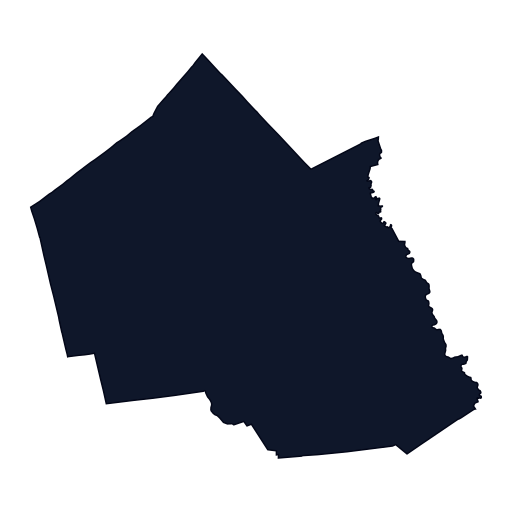 Vartoape, Teleorman, Romania (orthographic projection)
{"feature_id": "2599482B18216830560882", "entity_name": "Vartoape", "entity_type": "district", "adm_level": 2, "iso_a3": "ROU", "parent_name": "Romania", "parent_adm1": "Teleorman", "projection": "orthographic", "projection_center": [25.226, 44.2], "detail": "fine", "context": "isolated", "style": "filled", "palette": "ink", "viewbox_px": 512, "rotation_deg": 0, "n_neighbors": 0, "source": "geoboundaries", "source_scale": "gbopen_adm2", "svg_char_len": 6044}
<svg xmlns="http://www.w3.org/2000/svg" viewBox="0 0 512 512"><path d="M278.4,458.0L301.5,456.1L302.7,455.6L318.0,454.6L347.3,451.7L392.5,446.0L395.7,444.6L407.0,453.9L420.5,444.6L458.0,419.2L458.9,419.0L461.2,417.7L473.2,409.8L474.6,409.1L475.4,409.0L474.2,407.1L473.7,406.6L473.6,406.1L473.6,405.8L474.1,404.5L474.9,403.2L475.5,402.8L478.0,401.8L478.0,401.3L477.2,399.3L477.2,398.4L477.3,398.0L477.7,397.8L478.3,398.3L478.6,398.3L479.8,397.8L480.7,398.2L481.2,397.8L481.3,397.4L481.2,396.4L481.0,396.1L479.6,395.6L479.4,395.3L479.3,394.4L479.5,394.0L480.5,393.4L480.8,392.8L480.8,392.1L480.1,390.7L478.7,390.0L477.7,388.6L477.3,387.9L477.2,387.5L477.4,386.6L477.9,385.1L477.9,384.5L477.8,384.0L477.1,382.9L476.3,382.4L474.9,382.4L474.0,382.0L472.7,381.5L471.6,380.6L471.1,379.9L470.9,377.9L470.7,377.5L469.4,377.2L467.4,376.3L465.1,374.7L464.6,374.0L464.5,372.8L463.6,372.2L462.6,371.9L461.7,371.2L461.5,370.8L461.6,370.2L461.9,368.2L461.0,366.9L460.9,366.0L461.2,365.1L461.4,364.8L462.0,364.3L463.8,364.2L465.8,363.4L465.9,363.1L466.2,361.7L466.6,360.9L467.2,360.2L467.4,359.4L467.5,357.1L467.5,356.7L467.3,356.5L466.6,356.5L465.6,357.0L464.3,357.3L463.0,356.9L462.6,356.5L462.2,355.3L461.5,355.2L457.9,356.8L455.0,357.1L454.3,357.4L453.2,358.0L451.2,358.5L450.6,358.5L448.1,357.0L446.5,356.7L445.7,356.2L445.3,355.9L444.8,354.9L444.7,354.5L444.8,353.4L445.6,350.5L445.5,348.0L446.0,346.6L446.0,345.0L445.8,344.4L444.5,342.4L443.5,339.7L443.2,338.7L443.3,336.8L443.0,335.3L442.0,333.8L441.6,332.7L441.3,331.1L441.0,330.4L440.3,329.5L440.0,329.4L439.0,329.4L437.1,329.8L435.8,329.4L434.5,328.1L432.7,327.7L432.2,327.5L432.0,327.0L431.9,326.2L432.0,325.6L432.4,325.2L434.6,324.7L435.9,323.9L436.4,323.5L436.9,322.4L436.9,321.6L436.6,320.6L434.6,318.1L434.1,316.5L432.7,314.8L432.2,313.9L431.9,313.0L431.9,312.1L432.5,310.4L432.6,309.7L432.4,309.0L432.1,308.6L431.5,308.1L429.1,306.8L428.7,306.2L428.6,305.7L428.6,305.3L428.8,304.2L428.9,303.3L428.6,301.5L428.2,300.9L426.6,300.2L426.3,299.9L425.9,299.4L425.3,297.4L425.3,296.2L425.4,295.6L426.0,294.8L426.9,294.2L428.9,293.3L429.7,292.4L429.8,291.3L429.0,288.6L429.1,286.2L429.0,285.1L428.8,284.3L428.5,283.9L427.1,283.0L426.5,282.4L425.3,280.3L422.8,279.2L421.7,278.4L421.2,277.8L420.8,275.7L420.2,274.2L419.8,273.7L416.6,272.5L415.1,271.8L414.1,271.0L412.6,269.1L412.1,267.9L411.5,265.4L411.4,264.5L411.5,263.8L412.0,262.8L413.2,262.0L413.5,261.7L413.6,261.2L413.7,259.7L413.6,259.1L413.0,258.4L412.3,258.0L411.3,258.0L409.6,258.4L408.6,258.5L407.6,258.3L406.7,257.9L405.9,257.2L405.8,256.8L405.9,255.8L406.7,254.5L407.6,254.2L409.3,253.4L409.7,252.6L409.8,252.1L409.7,251.5L409.5,251.2L408.5,250.5L408.1,250.1L407.6,248.5L406.3,248.0L405.5,247.2L405.0,246.3L404.7,245.5L404.5,244.6L404.9,242.6L404.9,241.5L398.7,241.3L391.9,228.5L391.5,228.3L391.2,227.9L391.0,227.1L391.5,226.2L391.6,225.8L391.4,225.1L391.1,224.8L390.7,224.7L390.5,225.0L390.4,225.9L389.9,226.9L388.2,227.8L387.9,227.4L387.4,226.9L386.9,227.3L385.7,226.5L384.6,226.0L384.3,225.6L384.8,225.0L385.8,223.5L385.8,223.0L385.6,222.7L384.5,221.8L384.1,221.7L383.7,222.1L383.5,223.0L383.1,223.3L382.3,223.3L381.5,223.0L380.6,222.0L380.1,221.1L380.4,220.5L381.6,219.0L381.6,218.6L381.5,218.0L381.2,217.8L380.9,217.8L380.6,218.2L380.3,218.4L379.4,218.0L379.0,217.5L378.7,216.4L378.1,215.6L376.8,215.1L376.4,214.8L375.9,214.0L375.8,213.4L375.9,213.0L376.4,212.5L376.8,212.6L377.9,213.5L378.5,213.6L378.7,213.4L378.8,212.6L379.2,212.1L380.3,212.0L380.6,211.9L380.7,211.6L380.4,210.7L380.8,209.8L380.6,209.1L380.7,207.7L380.8,207.4L381.1,207.1L382.2,206.6L382.4,206.3L382.4,206.1L382.1,205.9L380.7,206.3L380.0,206.0L378.5,206.0L378.2,205.8L378.4,204.7L378.4,204.1L378.6,202.8L379.7,199.2L379.7,198.5L379.4,198.2L379.2,198.1L378.3,198.5L377.2,198.5L376.6,199.5L376.1,199.7L375.6,199.5L375.5,199.2L375.5,198.9L376.3,197.8L376.2,197.2L375.9,196.7L375.4,196.8L374.3,197.8L372.9,198.7L372.0,198.3L372.0,197.6L371.3,197.3L370.5,194.3L370.3,193.7L370.4,193.1L372.9,192.5L373.9,192.0L374.1,191.5L373.9,191.2L373.1,190.9L372.6,189.8L372.1,189.3L371.5,189.5L369.8,189.3L369.5,189.1L369.0,188.2L369.0,187.8L369.1,187.7L370.4,187.4L370.7,187.0L371.1,185.3L370.9,184.0L371.6,182.3L371.5,181.5L370.7,180.6L370.1,180.6L368.9,181.2L367.5,181.2L367.2,181.1L367.0,180.7L367.8,180.1L368.4,179.5L369.0,178.1L369.0,177.5L367.9,177.0L367.8,176.5L368.2,174.5L370.0,168.9L370.3,166.5L377.8,164.5L377.5,162.9L377.8,161.1L378.1,160.4L379.2,159.1L380.4,158.6L381.0,158.2L380.8,157.6L379.9,156.8L379.6,155.2L379.6,154.4L379.7,153.9L380.1,153.3L381.1,152.7L381.5,152.2L381.5,150.6L381.4,150.1L380.8,149.3L378.0,140.9L378.3,139.2L378.4,137.0L374.7,138.4L365.4,141.4L361.4,143.1L361.4,143.4L360.0,144.3L311.1,169.2L310.8,169.1L304.5,162.8L289.3,146.5L279.5,136.0L267.2,123.3L259.1,114.6L256.7,111.7L255.4,110.6L247.2,101.9L242.2,96.2L235.6,89.4L221.6,74.5L221.3,74.4L220.0,73.2L205.0,56.9L202.2,54.0L195.2,62.6L193.4,65.2L192.7,66.1L191.6,67.1L187.9,71.7L176.9,84.2L173.6,88.3L168.4,94.1L167.8,94.6L165.9,97.1L164.0,99.1L157.7,106.3L154.1,113.2L153.0,115.9L153.0,116.4L151.2,117.2L140.7,125.5L132.1,131.6L126.5,136.3L119.7,141.0L116.9,142.7L110.5,148.1L104.9,152.4L94.8,159.8L90.6,162.6L83.7,167.8L83.0,168.4L77.2,172.7L69.7,178.9L67.0,180.8L63.0,184.2L55.0,190.0L52.2,192.3L49.1,194.2L39.6,201.5L30.7,207.2L31.8,211.2L34.4,218.8L37.2,228.1L39.7,237.4L40.0,237.6L44.0,255.9L46.4,265.8L50.5,283.8L53.7,296.2L58.7,317.2L59.2,320.2L61.8,332.1L62.1,332.9L65.8,348.9L67.2,354.3L67.7,356.8L68.3,356.6L78.7,355.3L84.4,354.8L89.5,354.1L94.5,353.2L100.8,380.1L103.4,390.6L106.3,403.7L133.0,400.4L152.9,398.2L174.6,395.4L203.0,391.3L203.5,391.2L204.3,390.7L204.7,390.7L205.2,391.0L205.4,391.4L205.8,392.9L207.4,396.4L207.8,397.1L209.5,399.1L210.6,400.9L211.5,402.9L211.7,404.5L211.6,405.3L211.0,407.5L210.9,409.7L211.2,410.8L213.3,413.4L215.0,414.7L217.3,415.6L219.7,417.9L223.5,422.4L227.4,423.9L232.2,423.7L233.8,424.8L243.8,421.4L247.0,425.9L251.4,424.2L267.8,449.7L276.4,450.8L276.4,454.9L278.5,454.5L278.4,458.0Z" fill="#0f172a" stroke="#020617" stroke-width="1.5"/></svg>